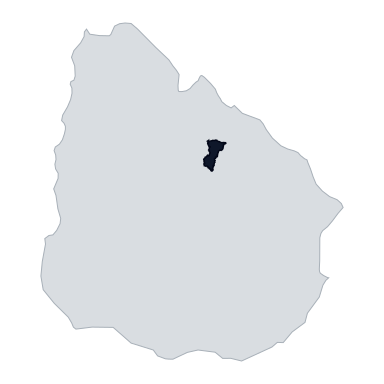 location of Ansina, Tacuarembó, Uruguay
{"feature_id": "84410073B28214065612775", "entity_name": "Ansina", "entity_type": "district", "adm_level": 2, "iso_a3": "URY", "parent_name": "Uruguay", "parent_adm1": "Tacuarembó", "projection": "natural_earth1", "projection_center": [-55.347, -31.995], "detail": "fine", "context": "in_parent", "style": "filled", "palette": "ink", "viewbox_px": 384, "rotation_deg": 0, "n_neighbors": 0, "source": "geoboundaries", "source_scale": "gbopen_adm2", "svg_char_len": 4872}
<svg xmlns="http://www.w3.org/2000/svg" viewBox="0 0 384 384"><path d="M328.7,277.8L325.9,280.3L322.9,285.2L319.3,297.0L307.4,313.2L305.0,322.4L292.2,331.9L283.2,342.6L277.3,342.4L272.0,347.0L241.6,361.0L230.7,358.3L222.7,358.4L215.1,352.2L198.0,350.0L187.3,352.4L172.9,359.2L168.5,359.1L165.4,358.8L157.6,355.9L153.3,350.0L131.1,343.1L113.2,327.4L92.1,327.1L75.9,329.1L73.4,327.1L71.7,323.0L68.3,317.2L54.3,303.4L43.2,289.7L40.9,276.1L42.3,261.5L45.5,244.1L44.8,238.6L48.9,235.5L52.9,234.9L56.7,230.4L60.1,223.6L60.7,218.4L57.9,208.9L56.0,195.5L53.7,188.9L58.1,178.4L58.2,173.3L55.6,168.9L54.9,164.2L56.0,159.5L55.7,155.0L54.1,150.6L55.3,147.0L59.4,144.2L62.4,139.8L64.4,133.9L65.4,129.4L65.4,126.3L64.1,123.3L61.6,120.6L62.7,115.1L67.5,106.9L70.6,99.6L72.0,93.3L71.9,88.1L70.2,84.2L70.9,81.6L73.9,80.2L75.2,76.1L74.7,65.8L71.5,57.3L73.9,50.6L80.6,42.9L84.1,36.6L84.4,31.9L86.5,29.1L89.8,34.2L99.5,35.6L109.2,35.8L110.8,34.5L114.6,26.1L119.6,23.7L125.1,23.0L131.1,23.5L137.5,29.0L155.6,47.3L168.9,59.9L172.9,65.9L176.5,70.4L179.1,74.6L178.0,85.4L178.2,90.1L178.8,91.5L181.8,91.6L186.3,90.8L190.1,88.5L193.0,85.0L195.9,82.2L198.2,80.7L199.1,78.4L200.4,76.0L201.8,75.5L204.4,77.3L210.6,83.5L215.4,89.2L216.6,92.5L218.4,95.9L220.4,98.8L221.8,101.7L226.4,105.5L231.1,107.9L234.3,105.5L242.3,113.3L259.9,119.9L263.2,123.9L266.2,129.5L272.4,138.1L280.9,145.8L287.7,149.0L294.3,150.9L298.0,152.6L300.5,155.5L304.5,158.7L307.0,159.9L307.9,162.7L310.5,169.0L313.1,176.8L316.1,184.1L322.4,191.1L329.6,196.6L337.1,199.7L341.3,203.5L343.1,207.5L338.0,213.4L332.5,220.8L327.6,226.6L322.6,230.7L320.9,233.5L319.8,237.8L319.7,260.8L319.3,269.4L319.6,271.7L320.3,273.2L323.5,275.5L327.2,277.4L328.7,277.8Z" fill="#d9dde1" stroke="#a8b0b8" stroke-width="1"/><path d="M207.5,141.1L207.9,141.4L208.4,141.7L208.6,142.0L208.6,142.3L208.6,142.5L208.4,142.6L208.0,142.7L207.7,142.8L207.7,143.1L207.7,143.5L208.0,143.6L208.4,143.6L208.4,143.8L208.0,144.3L208.1,144.8L208.6,145.4L208.8,146.2L209.0,146.3L209.3,146.5L209.7,146.5L209.9,146.6L209.7,146.9L209.8,147.1L209.9,147.3L209.7,147.4L209.3,147.5L209.2,147.8L209.3,149.0L209.0,149.4L208.6,150.0L209.0,150.4L209.3,150.7L209.2,151.5L209.5,151.7L210.0,152.6L209.9,153.2L209.7,153.8L209.3,154.3L209.3,155.0L209.3,155.4L209.2,155.6L208.5,155.8L208.0,155.9L207.8,155.9L207.7,155.7L207.7,155.4L207.6,155.2L207.4,155.3L207.2,155.6L207.1,156.1L206.9,156.2L206.7,156.3L206.6,156.6L206.4,156.7L206.1,156.8L205.8,157.2L205.2,157.2L204.9,158.1L204.1,158.7L203.7,159.5L203.8,160.1L204.2,160.4L204.4,161.0L204.1,161.4L204.0,161.7L204.2,162.0L204.3,162.5L204.5,162.8L204.7,163.2L204.7,163.4L204.2,163.6L203.9,163.8L203.9,164.2L204.2,164.6L204.2,165.2L204.3,165.6L204.6,165.5L204.9,165.8L205.3,166.1L205.9,166.1L206.5,166.0L206.9,166.2L207.5,166.3L207.5,166.8L207.9,166.8L208.1,167.1L208.2,167.7L208.3,167.9L208.5,167.9L209.0,167.9L209.3,167.9L209.5,168.2L209.5,168.5L209.4,168.8L209.6,169.0L209.9,169.1L210.4,169.1L210.8,169.4L210.8,170.3L210.9,170.5L211.2,170.7L211.4,171.0L211.8,171.0L212.1,171.0L212.3,170.9L212.4,170.5L212.7,170.2L212.9,170.1L213.1,169.9L213.0,169.6L212.8,169.4L212.6,169.3L212.4,169.1L212.6,168.9L212.8,168.6L212.8,168.4L212.7,168.1L212.9,167.9L212.9,167.6L212.8,167.2L213.0,167.0L213.3,166.8L213.5,166.6L213.4,166.2L213.2,166.1L213.2,165.6L213.3,165.4L214.1,165.2L214.0,164.8L214.1,164.1L214.2,163.8L214.1,163.5L214.4,162.8L214.6,162.5L214.9,162.3L214.8,161.9L214.7,161.3L214.6,161.0L215.1,160.6L215.0,160.4L214.5,159.7L214.5,158.9L214.5,158.5L214.8,158.5L215.0,158.3L215.5,158.3L215.5,158.1L215.6,157.9L215.8,157.6L215.7,157.1L216.3,157.1L216.9,156.9L217.3,156.5L217.5,156.0L217.5,155.8L217.2,155.7L217.3,155.5L217.3,155.4L217.2,154.9L217.5,154.8L217.7,154.2L217.8,153.6L217.9,153.1L217.7,152.9L217.8,152.6L218.2,152.5L218.4,151.8L218.5,151.1L219.5,150.4L220.1,150.2L220.5,150.3L221.2,150.4L221.7,149.9L222.4,149.6L222.5,149.2L222.9,148.6L223.1,147.8L223.0,147.2L223.3,146.8L223.2,146.6L223.1,146.3L223.1,146.1L223.3,145.9L223.4,145.7L223.4,145.2L223.7,145.0L223.7,144.3L224.1,144.1L224.8,144.0L225.8,143.4L225.8,143.2L225.7,142.9L225.6,142.7L225.4,142.7L225.2,142.7L224.9,142.7L224.7,142.6L224.4,142.6L224.2,142.6L223.9,142.6L223.7,142.6L223.4,142.5L223.2,142.5L222.9,142.6L222.7,142.6L222.4,142.7L222.2,142.7L221.9,142.7L221.7,142.7L221.4,142.6L221.2,142.6L220.9,142.5L220.7,142.4L220.4,142.2L220.2,142.1L219.8,142.0L219.7,141.9L219.5,141.7L219.4,141.7L219.2,141.6L218.9,141.5L218.7,141.5L218.4,141.4L218.2,141.4L217.7,141.2L217.3,141.0L217.2,140.9L217.1,140.7L216.8,140.2L216.4,140.2L216.1,140.2L216.0,140.3L215.9,140.3L215.8,140.2L215.7,140.2L215.4,140.1L215.2,140.3L214.8,140.4L214.6,140.4L214.5,140.5L214.4,140.5L212.5,140.4L212.3,140.6L211.7,140.8L211.1,140.9L210.6,141.1L210.4,141.1L210.1,141.1L209.8,141.1L209.5,141.1L208.8,141.1L207.7,141.1L207.8,140.9L207.5,141.1Z" fill="#0f172a" stroke="#020617" stroke-width="1.5"/></svg>